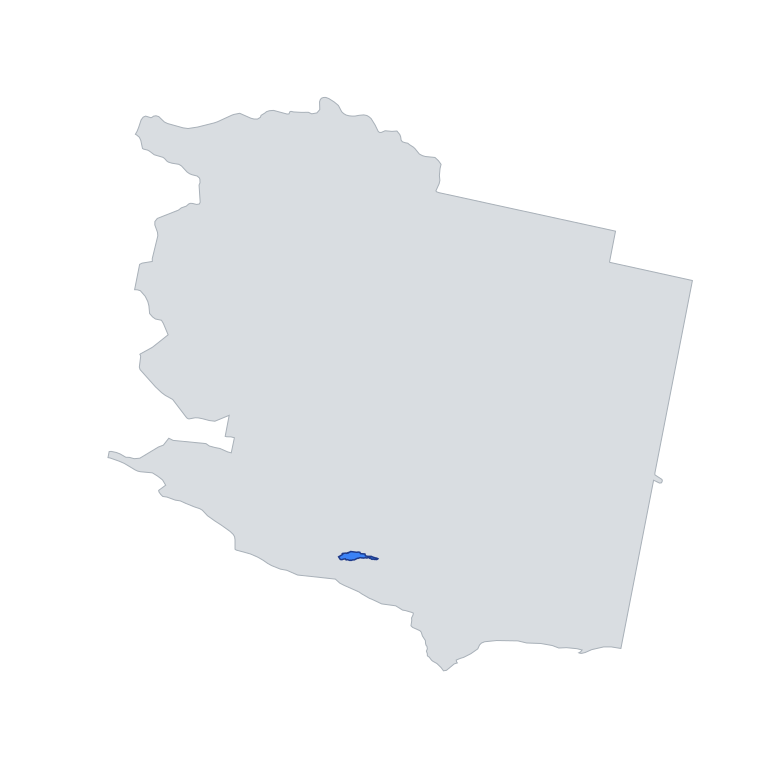 location of Halfa Aj Jadeedah, Kassala, Sudan, rotated 101°
{"feature_id": "16777658B66580925278761", "entity_name": "Halfa Aj Jadeedah", "entity_type": "district", "adm_level": 2, "iso_a3": "SDN", "parent_name": "Sudan", "parent_adm1": "Kassala", "projection": "equal_earth", "projection_center": [35.632, 15.558], "detail": "fine", "context": "in_parent", "style": "filled", "palette": "blue", "viewbox_px": 768, "rotation_deg": 101, "n_neighbors": 0, "source": "geoboundaries", "source_scale": "gbopen_adm2", "svg_char_len": 4705}
<svg xmlns="http://www.w3.org/2000/svg" viewBox="0 0 768 768"><g transform="rotate(101 384 384)"><path d="M508.9,640.9L502.8,640.9L502.2,639.0L502.3,633.7L503.0,629.7L505.2,623.4L504.6,620.0L505.0,615.0L503.4,609.5L488.9,593.4L486.1,588.9L478.3,584.9L479.6,580.3L476.5,547.4L478.2,543.6L478.6,537.9L478.6,532.8L480.5,524.4L480.7,520.8L465.3,520.6L465.1,524.2L465.8,528.3L465.7,529.9L444.3,530.0L452.8,542.9L453.2,548.5L452.7,555.6L452.7,560.1L453.2,563.0L455.5,568.8L455.4,569.9L454.8,571.3L439.5,588.5L436.9,596.5L434.9,600.7L430.4,607.8L416.4,626.2L414.1,627.4L403.5,628.1L402.4,628.5L401.6,629.3L401.1,629.1L392.1,618.3L376.9,605.3L366.7,612.1L363.9,614.6L363.8,620.8L362.3,624.0L359.6,627.5L352.1,629.7L348.1,631.6L343.5,635.1L338.9,641.0L338.6,644.1L339.0,646.8L313.2,646.7L311.5,644.5L307.9,634.8L305.2,635.4L281.7,634.3L278.3,635.3L271.6,639.3L268.2,639.9L264.7,638.1L252.5,618.9L249.8,616.6L247.1,612.0L244.5,610.0L243.6,608.6L243.3,606.5L243.5,602.3L242.6,599.7L240.7,599.1L224.0,603.5L221.6,603.0L218.1,603.8L216.9,604.6L215.5,607.1L215.2,612.4L214.7,615.0L213.4,617.9L208.6,624.4L207.5,627.3L207.7,634.4L207.3,638.1L206.6,639.7L204.5,642.5L203.7,644.1L202.8,653.3L200.1,658.8L199.5,660.8L199.3,664.8L198.9,666.0L191.3,669.2L188.5,671.2L186.7,674.4L186.3,675.7L183.1,674.6L179.0,673.8L171.1,672.8L168.0,671.3L166.5,669.1L167.1,663.6L166.3,662.4L165.1,661.4L164.2,659.0L164.5,656.1L168.7,649.6L169.6,646.2L170.9,630.1L170.6,625.1L167.4,616.1L160.1,600.5L158.3,597.4L149.1,584.6L148.0,582.7L145.8,577.3L148.5,565.4L148.7,562.2L148.1,558.8L145.8,556.2L143.7,555.9L140.9,552.8L139.1,551.3L137.6,548.6L136.5,544.7L137.5,530.7L137.0,528.8L134.6,528.3L134.1,527.3L134.2,524.7L133.1,516.7L131.7,510.1L132.6,506.5L130.7,501.6L126.9,499.4L119.3,501.1L117.0,500.8L115.4,499.9L114.3,498.1L113.8,495.9L114.3,492.7L116.6,486.8L119.3,481.9L124.8,477.5L126.3,475.1L127.2,472.5L127.4,469.5L127.1,466.4L126.5,463.5L125.0,459.7L123.7,455.2L123.7,452.1L124.4,450.0L125.9,447.3L131.4,442.2L137.0,438.0L137.9,436.5L137.6,434.7L135.2,431.2L134.5,424.4L133.2,419.6L136.1,416.1L138.2,414.8L141.4,413.7L142.7,412.2L143.1,409.4L143.1,406.6L144.2,404.6L145.9,400.3L147.2,398.3L151.5,393.2L152.5,389.9L152.8,386.8L151.9,377.2L154.4,373.2L157.5,369.9L161.9,370.1L168.8,369.4L173.5,368.0L176.9,368.1L184.5,369.9L185.3,369.1L185.7,366.5L189.8,185.9L221.1,185.9L221.5,185.6L223.6,101.0L419.9,101.1L421.5,100.7L424.7,92.9L426.0,92.3L428.0,92.7L428.7,94.6L427.0,101.0L598.4,101.0L598.7,110.6L600.2,118.3L605.1,129.4L609.2,135.3L610.7,138.6L610.9,140.1L610.7,141.5L609.4,139.9L607.3,138.8L607.0,144.0L608.0,154.6L609.8,162.0L608.6,168.9L608.8,180.6L611.0,194.6L610.6,203.5L614.3,224.4L617.8,236.0L619.7,238.9L621.9,240.4L626.1,241.4L632.2,247.3L637.1,253.6L638.8,256.8L641.2,260.4L642.8,259.8L643.8,258.8L645.4,261.7L653.1,268.0L654.2,270.9L651.5,273.8L648.3,278.7L646.8,283.2L646.0,284.7L643.4,287.6L643.0,288.9L641.9,289.8L640.7,289.9L638.1,291.4L635.7,290.9L633.3,291.8L632.4,292.9L630.5,293.8L628.0,294.4L624.0,298.2L620.5,300.1L619.3,301.7L617.5,309.4L616.2,311.4L611.0,311.6L608.4,312.3L605.0,311.4L603.3,311.5L602.9,313.2L602.3,319.8L602.4,322.6L599.5,330.2L600.3,344.3L597.6,354.9L597.2,357.3L594.3,365.7L592.9,368.9L589.3,384.6L587.9,389.4L584.8,394.5L588.0,432.4L585.4,444.0L585.5,450.3L583.7,459.7L582.3,464.0L580.0,469.2L578.0,475.1L576.3,482.8L575.2,497.4L574.6,498.7L565.4,500.5L562.5,501.5L560.5,503.2L558.1,506.9L553.4,517.2L550.9,523.5L547.0,532.1L542.5,538.3L541.5,541.2L540.8,546.8L539.1,555.5L537.6,561.7L537.8,566.8L536.4,575.5L536.6,579.7L535.0,582.1L532.9,584.3L531.4,584.9L525.0,579.0L520.4,583.1L517.6,588.7L515.4,594.4L516.6,606.4L516.5,609.1L515.8,612.0L511.5,623.8L510.3,629.2L508.9,638.7L508.9,640.9Z" fill="#d9dde1" stroke="#a8b0b8" stroke-width="1"/><path d="M563.9,387.6L563.4,386.4L563.7,383.7L563.3,383.1L563.4,382.5L562.6,381.1L562.3,379.6L561.7,378.8L560.2,376.9L560.1,376.2L559.3,374.9L558.9,373.8L559.0,372.3L558.7,371.7L558.8,370.9L558.1,369.1L558.1,367.6L557.4,366.4L557.3,365.7L557.8,364.8L557.3,364.3L557.3,363.9L558.2,363.2L558.4,362.2L557.8,361.4L558.1,360.2L557.8,358.8L557.7,357.6L557.1,357.0L556.9,356.7L556.7,356.6L556.3,358.0L556.4,358.9L556.0,362.2L555.6,363.7L556.3,367.0L556.2,369.4L554.5,370.3L555.0,374.7L553.8,375.6L553.9,377.4L554.4,378.5L554.7,383.5L554.8,384.8L555.4,385.5L555.6,385.5L555.9,386.1L556.2,386.8L556.5,387.3L556.8,387.1L557.3,388.3L557.4,388.6L557.2,388.9L558.2,392.3L558.5,392.6L559.2,392.1L560.8,393.9L561.1,394.2L561.2,394.3L561.4,394.5L561.8,395.1L562.2,395.5L562.3,395.6L564.3,393.7L564.6,393.3L564.5,392.3L564.5,391.8L563.8,390.7L563.6,390.3L563.1,388.9L563.0,388.5L563.3,388.3L563.9,387.6Z" fill="#3b82f6" stroke="#1e3a8a" stroke-width="1.5"/></g></svg>